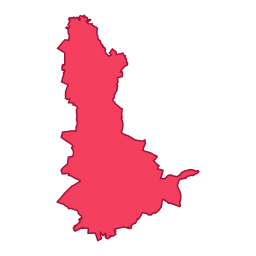 Ricaurte (Coloso), Sucre, Colombia
{"feature_id": "7082276B22161740589779", "entity_name": "Ricaurte (Coloso)", "entity_type": "district", "adm_level": 2, "iso_a3": "COL", "parent_name": "Colombia", "parent_adm1": "Sucre", "projection": "albers", "projection_center": [-75.366, 9.541], "detail": "fine", "context": "isolated", "style": "filled", "palette": "rose", "viewbox_px": 256, "rotation_deg": 0, "n_neighbors": 0, "source": "geoboundaries", "source_scale": "gbopen_adm2", "svg_char_len": 5689}
<svg xmlns="http://www.w3.org/2000/svg" viewBox="0 0 256 256"><path d="M96.6,27.4L94.9,26.8L94.5,26.3L92.8,25.6L92.4,25.1L92.3,23.9L91.2,24.0L88.0,23.7L87.8,23.5L87.9,22.3L86.3,21.6L86.5,21.1L87.4,21.5L88.5,21.4L89.5,20.9L90.6,20.0L90.6,19.8L90.1,19.5L89.3,19.4L87.7,19.9L87.0,17.4L86.7,17.2L86.3,17.2L85.0,17.6L84.6,17.4L84.9,16.4L84.5,15.4L84.0,15.4L83.0,16.4L80.7,15.8L80.3,15.8L79.9,16.0L79.6,16.4L79.2,17.3L80.0,19.3L80.0,19.8L79.7,20.0L79.3,20.1L79.0,19.9L78.3,18.1L77.5,17.4L77.2,17.3L76.4,17.5L75.1,18.3L74.8,18.2L74.1,17.2L73.4,17.3L72.7,18.0L71.1,17.6L70.7,17.9L70.4,18.7L70.1,18.9L69.6,18.1L69.3,18.0L68.6,19.3L69.5,20.2L69.7,20.5L69.7,21.0L68.7,23.5L68.0,24.7L68.1,25.1L69.4,26.1L69.6,26.6L69.5,27.4L69.2,27.7L68.4,27.9L67.1,27.1L66.6,27.0L65.9,27.8L67.3,28.6L68.1,29.6L68.2,33.1L69.3,35.2L69.2,37.3L69.0,38.6L68.8,38.6L68.7,40.2L64.8,39.9L57.6,48.4L64.8,52.8L64.7,59.8L64.9,64.6L62.8,64.6L62.7,66.1L62.2,66.1L62.4,66.6L62.3,67.0L62.1,66.9L62.0,67.5L62.4,67.7L62.0,68.9L62.5,69.2L62.3,70.1L63.4,70.3L63.5,69.9L64.2,70.1L64.4,69.9L64.9,70.4L64.9,70.7L64.2,72.4L63.7,72.3L63.5,72.7L63.5,73.2L64.0,73.4L62.4,78.5L62.3,79.9L61.6,81.9L67.9,84.6L67.9,85.2L65.5,91.9L65.8,92.7L65.5,94.0L65.5,95.8L65.7,96.8L65.4,98.1L67.0,99.4L69.7,99.0L68.5,102.7L70.9,102.7L72.5,103.2L73.5,103.2L73.6,104.1L73.0,104.8L74.1,104.9L74.8,105.5L75.7,105.4L76.7,106.5L77.6,107.9L76.3,110.1L76.5,110.5L76.5,112.9L76.9,115.5L76.8,118.2L76.4,119.6L76.7,120.7L77.0,121.1L77.0,122.2L77.5,123.7L76.2,126.4L76.1,127.5L76.2,130.8L70.3,131.0L67.4,131.6L62.5,132.2L62.2,133.6L61.2,137.2L66.4,141.0L69.8,143.1L72.5,145.2L73.1,146.7L71.9,147.0L71.6,148.1L72.4,149.1L73.0,150.2L73.4,151.5L73.5,153.1L73.3,154.6L72.6,156.3L68.4,157.1L67.8,161.9L67.5,163.3L67.0,164.4L66.7,164.7L63.9,166.9L62.3,168.6L61.0,170.5L61.7,171.7L62.1,173.7L64.7,173.9L65.6,173.4L66.5,173.4L68.3,173.8L68.8,174.1L68.4,174.9L68.7,175.5L69.1,175.7L70.3,175.5L75.8,178.7L78.5,179.6L80.2,180.8L79.0,182.0L75.0,184.5L72.8,185.8L72.0,186.0L65.1,192.7L60.3,198.5L57.4,201.6L57.2,202.0L57.3,202.2L59.1,202.6L60.9,203.5L62.9,204.0L64.4,204.9L65.4,205.9L66.6,206.3L67.5,206.8L68.2,207.7L68.5,208.5L71.3,208.6L72.6,208.9L74.3,209.6L77.4,210.5L78.2,211.6L78.3,213.1L78.5,213.5L79.5,214.7L81.4,215.9L81.4,217.4L81.9,218.1L80.8,219.5L80.2,218.5L79.0,219.4L79.5,221.1L80.3,221.7L75.5,225.9L75.2,225.7L75.1,225.8L75.0,225.6L74.4,226.2L74.8,226.6L73.4,228.0L73.6,228.2L73.8,229.7L74.0,230.1L74.7,230.5L75.1,231.1L82.6,227.4L82.6,228.4L83.9,228.2L86.9,228.2L88.5,228.8L88.0,232.8L88.1,233.3L95.4,233.1L97.8,240.6L101.0,239.0L101.4,238.6L101.4,238.1L100.4,234.5L100.4,232.6L103.0,235.6L105.3,233.3L105.7,233.7L105.6,234.5L106.1,235.6L105.8,235.7L105.2,235.9L105.4,237.1L106.2,238.1L107.2,238.7L107.7,238.6L108.1,238.3L109.7,237.5L110.9,236.5L110.4,235.8L113.3,236.0L115.9,234.1L115.0,232.8L115.7,231.6L115.2,231.2L114.5,231.0L114.3,230.7L115.3,230.1L114.9,229.2L123.2,227.0L127.2,227.6L127.4,228.1L127.8,228.1L128.3,227.4L129.3,228.6L129.8,228.6L130.7,228.1L131.3,228.0L131.3,226.8L130.9,225.9L132.8,224.2L135.6,223.1L137.4,218.9L138.2,219.4L140.6,216.1L142.4,212.7L146.8,213.5L148.9,215.1L149.9,214.6L151.0,214.9L151.4,214.9L151.7,214.6L152.0,213.9L152.3,213.5L153.5,212.8L154.5,212.9L155.1,213.2L156.0,212.8L158.7,210.4L159.6,209.4L160.1,208.5L161.2,206.9L162.0,202.5L162.0,201.4L162.8,199.3L165.0,200.5L166.2,201.3L167.2,201.7L168.3,203.2L168.7,203.2L169.3,203.0L171.1,203.3L171.6,203.6L179.8,206.6L180.2,205.7L180.3,204.9L179.8,203.4L179.7,202.7L180.7,199.0L180.8,195.3L180.4,193.3L179.8,191.6L178.5,188.4L177.9,187.5L177.5,185.9L177.7,184.3L178.5,181.8L179.3,180.0L179.7,179.6L181.4,179.0L182.7,178.9L183.4,178.5L185.8,178.2L186.2,177.9L186.6,176.8L187.5,176.2L189.5,175.9L190.7,175.4L191.4,175.3L192.3,175.6L193.1,175.5L193.7,175.2L195.1,173.9L196.2,173.8L197.2,173.3L198.4,172.3L198.8,171.7L198.4,170.9L198.1,170.6L196.2,171.0L195.1,171.1L194.8,171.0L194.6,170.5L194.0,170.2L192.7,169.9L191.6,169.8L191.6,169.7L191.1,169.6L189.7,169.7L184.5,171.1L181.6,172.6L181.1,173.1L180.3,174.5L177.5,176.5L177.2,176.6L172.8,175.9L172.1,175.3L171.0,175.4L170.5,175.0L170.1,174.9L169.4,175.0L167.6,175.8L167.0,176.4L166.2,177.3L164.7,178.5L164.1,178.8L163.5,178.8L161.0,178.3L160.6,178.5L162.0,174.6L163.0,170.3L157.5,168.7L158.3,166.4L159.0,165.8L158.3,165.0L157.5,165.0L157.3,164.9L153.5,160.4L154.1,160.1L155.0,159.4L156.5,157.6L157.0,156.9L157.2,156.3L153.4,154.6L151.2,153.2L148.9,152.3L145.2,151.4L143.4,150.5L142.7,150.3L144.1,146.3L145.4,143.4L144.8,139.9L143.6,140.7L142.3,141.1L141.1,141.0L135.4,140.0L132.6,138.5L131.3,137.4L130.1,137.0L128.4,135.9L123.6,134.1L122.6,133.5L121.5,132.3L121.2,131.9L122.2,130.1L122.7,127.7L122.9,124.5L122.5,121.3L121.4,118.9L121.3,118.3L122.1,117.9L121.6,113.3L122.2,109.3L122.2,108.8L120.6,108.2L115.6,103.8L112.8,100.2L112.5,99.2L112.7,98.9L113.9,98.3L114.1,97.9L114.2,95.2L115.1,94.0L115.6,92.4L116.6,91.0L117.1,89.6L117.6,85.5L116.5,84.8L117.8,82.5L118.0,82.1L117.4,78.2L119.7,77.1L122.0,76.6L122.3,76.4L122.5,72.1L121.3,71.9L120.4,72.0L120.4,71.8L123.2,67.8L124.0,67.2L125.0,66.2L126.8,65.3L127.3,64.9L127.5,64.5L127.6,63.9L127.4,62.7L126.6,62.3L126.2,58.4L125.0,57.5L125.4,55.9L124.4,55.5L123.8,54.9L123.1,53.9L123.0,53.2L122.8,53.0L120.9,53.7L116.4,54.6L116.1,51.9L112.4,49.0L109.5,53.0L110.3,53.8L111.3,55.1L110.1,55.9L108.2,55.7L107.0,54.1L106.1,53.4L105.5,52.5L105.2,51.4L105.2,50.3L105.5,49.5L105.1,49.0L104.7,47.7L104.3,47.4L103.6,47.4L102.7,47.1L102.6,46.6L103.0,46.1L103.0,45.6L102.2,45.0L101.7,44.1L101.0,43.7L100.5,41.4L99.9,40.5L99.4,40.0L98.4,39.7L98.2,39.3L97.8,37.9L97.7,35.9L97.6,35.3L96.7,34.0L96.8,32.9L97.1,32.0L96.7,31.3L97.4,28.6L96.6,27.4Z" fill="#f43f5e" stroke="#9f1239" stroke-width="1.5"/></svg>